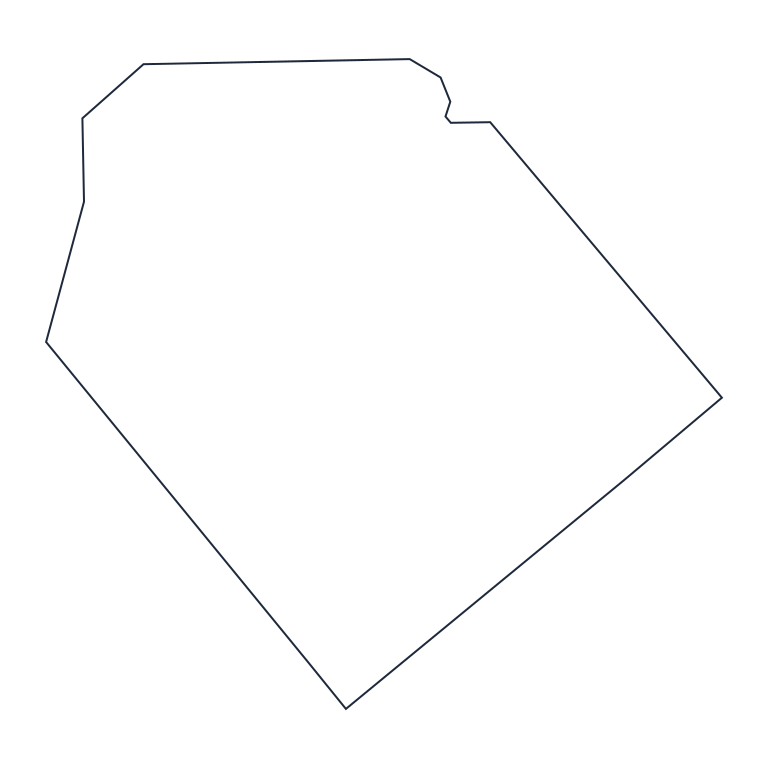 Lavaca, Texas, United States of America
{"feature_id": "52423323B4330471688052", "entity_name": "Lavaca", "entity_type": "district", "adm_level": 2, "iso_a3": "USA", "parent_name": "United States of America", "parent_adm1": "Texas", "projection": "albers", "projection_center": [-96.939, 29.348], "detail": "fine", "context": "isolated", "style": "outline", "palette": "slate", "viewbox_px": 768, "rotation_deg": 0, "n_neighbors": 0, "source": "geoboundaries", "source_scale": "gbopen_adm2", "svg_char_len": 300}
<svg xmlns="http://www.w3.org/2000/svg" viewBox="0 0 768 768"><path d="M143.5,64.2L82.4,118.3L84.0,201.7L46.1,342.0L308.2,662.3L345.9,708.9L624.7,479.6L721.9,397.7L490.2,122.2L450.8,122.8L445.5,116.5L450.3,101.7L440.6,77.5L409.7,59.1L143.5,64.2Z" fill="none" stroke="#1e293b" stroke-width="2"/></svg>